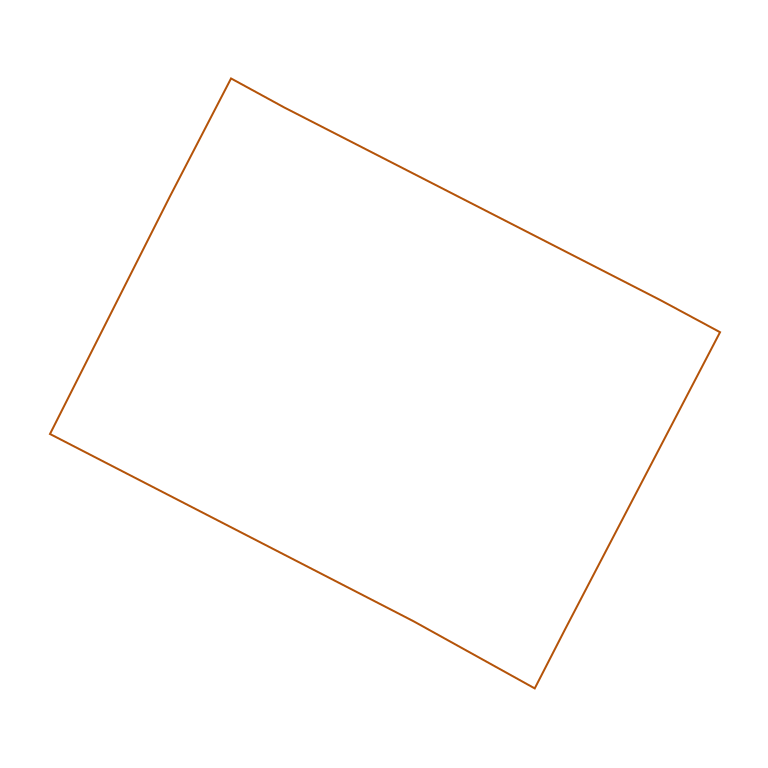 the district of Caldwell, Missouri, United States of America, rotated 207°
{"feature_id": "52423323B90835669534324", "entity_name": "Caldwell", "entity_type": "district", "adm_level": 2, "iso_a3": "USA", "parent_name": "United States of America", "parent_adm1": "Missouri", "projection": "natural_earth1", "projection_center": [-94.016, 39.657], "detail": "fine", "context": "isolated", "style": "outline", "palette": "amber", "viewbox_px": 768, "rotation_deg": 207, "n_neighbors": 0, "source": "geoboundaries", "source_scale": "gbopen_adm2", "svg_char_len": 286}
<svg xmlns="http://www.w3.org/2000/svg" viewBox="0 0 768 768"><g transform="rotate(207 384 384)"><path d="M111.5,181.2L111.3,247.3L108.1,582.7L175.6,584.2L598.5,585.1L659.0,586.8L659.9,453.5L658.9,187.8L249.5,186.0L111.5,181.2Z" fill="none" stroke="#b45309" stroke-width="2"/></g></svg>